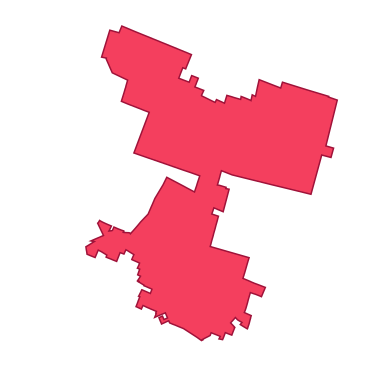 Escárcega, Campeche, Mexico, rotated 286°
{"feature_id": "50627088B69816273127262", "entity_name": "Escárcega", "entity_type": "district", "adm_level": 2, "iso_a3": "MEX", "parent_name": "Mexico", "parent_adm1": "Campeche", "projection": "orthographic", "projection_center": [-90.697, 18.582], "detail": "fine", "context": "isolated", "style": "filled", "palette": "rose", "viewbox_px": 384, "rotation_deg": 286, "n_neighbors": 0, "source": "geoboundaries", "source_scale": "gbopen_adm2", "svg_char_len": 5671}
<svg xmlns="http://www.w3.org/2000/svg" viewBox="0 0 384 384"><g transform="rotate(286 192 192)"><path d="M58.2,258.4L58.5,262.1L60.9,262.4L62.0,262.5L63.4,262.6L66.0,262.8L65.6,266.9L65.4,269.7L68.9,270.0L70.0,270.1L73.0,270.4L73.3,270.1L73.7,270.4L75.0,268.3L76.3,266.1L76.8,265.2L78.1,265.8L80.7,267.1L83.3,268.3L81.7,271.0L81.1,273.1L80.4,276.0L77.9,274.9L76.8,278.7L75.7,282.9L76.8,283.1L77.5,283.0L78.8,283.1L80.2,283.2L81.5,283.2L84.5,283.1L86.9,283.1L87.0,283.0L89.5,283.0L89.9,280.1L90.0,279.2L90.2,278.1L90.2,277.9L90.4,276.4L90.5,276.2L90.6,275.5L93.3,275.8L95.5,275.9L97.3,275.9L99.4,275.9L100.8,275.9L103.4,275.8L105.5,275.8L107.1,275.8L108.5,275.8L111.4,275.8L111.2,279.9L111.2,281.1L111.1,282.1L110.8,285.3L110.5,287.6L112.9,287.9L115.5,288.2L117.8,288.5L120.5,288.8L120.5,288.6L121.0,283.1L121.3,279.5L121.5,276.6L121.6,276.2L121.8,274.1L122.0,273.1L122.3,270.9L122.6,268.2L123.0,264.8L125.6,264.8L126.5,264.9L127.3,264.8L128.2,264.9L129.1,264.9L130.6,264.9L134.9,264.9L137.0,264.9L138.9,264.9L140.6,264.9L144.6,265.0L144.6,254.4L144.6,240.6L144.6,229.9L144.6,224.5L147.3,224.5L150.0,224.4L153.3,224.4L155.8,224.4L158.0,224.3L160.2,224.3L163.3,224.3L166.4,224.2L168.5,224.2L171.2,224.2L173.9,224.1L176.0,224.1L176.2,219.1L176.3,217.8L176.3,217.3L176.3,217.1L180.1,217.3L182.8,217.4L181.6,227.4L204.9,226.9L204.6,223.5L205.9,223.5L206.0,216.7L205.7,214.5L207.1,214.5L211.2,214.5L213.7,214.5L213.8,214.5L216.2,214.4L216.5,214.4L219.1,214.4L220.6,214.4L219.5,225.9L221.0,267.0L221.7,283.6L222.6,307.0L263.3,306.5L263.5,316.1L273.2,316.0L273.2,308.0L320.4,306.3L320.9,296.9L321.6,297.0L321.8,281.4L321.9,274.0L322.5,248.7L316.4,248.6L317.1,240.7L318.5,225.6L310.9,226.0L301.4,226.7L302.0,223.1L296.1,223.5L296.4,222.5L296.5,221.4L296.7,219.8L296.8,219.0L297.1,216.1L297.4,212.9L296.6,213.0L295.8,213.1L294.9,213.2L294.4,213.2L294.4,211.9L294.4,210.6L294.4,209.7L294.4,209.3L294.4,207.9L294.4,207.3L294.4,206.1L294.5,204.2L294.5,201.9L294.5,199.5L294.5,198.9L289.3,198.8L288.3,198.8L287.3,198.8L286.3,198.7L286.8,195.6L287.0,193.9L287.1,193.5L287.6,190.1L286.6,189.9L285.5,189.7L284.5,189.5L285.0,186.4L285.5,183.6L285.9,181.5L286.1,180.2L286.3,179.3L286.9,175.8L287.2,174.6L288.4,174.6L288.6,174.7L288.9,174.7L290.1,174.9L291.4,175.1L292.0,175.2L292.9,175.3L293.0,174.0L293.8,165.8L294.3,165.9L294.8,165.9L295.4,166.0L295.9,166.0L296.4,166.1L297.0,166.2L297.8,166.2L299.0,166.3L300.6,166.5L303.1,166.7L303.2,166.2L303.3,165.1L303.7,161.1L303.8,159.6L296.8,159.0L297.2,153.7L297.7,147.9L299.9,148.1L302.6,148.3L304.7,148.5L306.9,148.7L308.9,148.9L308.6,152.0L311.9,152.3L315.2,152.7L316.5,152.8L317.2,152.9L323.9,153.6L325.6,138.5L330.6,92.3L332.2,78.8L325.0,78.0L324.9,68.4L296.7,67.9L297.1,72.8L296.3,72.8L284.6,82.5L281.8,99.3L278.8,99.3L275.7,99.3L274.1,99.4L273.0,99.3L270.1,99.3L268.9,99.3L259.7,99.1L258.8,106.9L257.6,120.3L257.3,122.9L256.8,128.9L213.5,125.4L210.7,176.4L210.5,180.8L210.3,185.3L209.9,191.6L209.7,195.0L209.0,195.0L206.5,194.9L204.2,194.8L201.4,194.7L199.2,194.7L197.6,194.6L195.5,194.5L192.7,194.4L193.8,189.2L194.5,185.9L195.2,182.8L199.2,163.7L190.9,162.2L175.6,158.1L168.4,157.2L166.4,156.9L158.6,155.9L157.5,155.3L156.3,154.7L153.7,153.3L152.7,152.8L151.2,152.0L148.7,150.7L148.4,150.6L144.5,148.9L141.9,147.7L138.3,146.0L136.9,145.3L135.5,144.6L135.4,144.6L134.8,144.3L135.4,143.6L135.5,143.5L135.5,142.7L135.3,141.9L134.8,139.8L134.5,138.5L134.5,138.4L134.4,138.0L134.3,137.1L135.3,137.4L135.7,137.3L135.8,137.2L135.8,135.8L135.9,135.1L135.9,134.8L135.9,134.5L135.9,134.3L136.0,133.5L136.0,133.2L136.1,132.9L136.1,132.6L136.1,132.0L136.1,131.8L136.1,131.7L136.2,131.4L136.2,131.1L136.5,128.9L136.8,126.6L133.2,126.1L132.8,125.7L132.6,125.4L132.5,125.1L131.6,122.9L132.8,123.2L137.1,123.9L137.5,120.4L137.8,118.1L138.2,115.5L138.4,114.3L138.9,112.0L139.2,111.0L137.9,110.7L136.9,110.4L136.0,109.9L125.8,118.9L118.1,109.5L117.1,108.3L117.4,111.7L115.7,110.2L114.1,108.8L111.7,106.6L110.1,105.1L109.9,105.2L107.6,106.2L106.4,106.8L105.2,107.4L103.2,108.3L103.1,109.6L102.9,111.0L102.6,113.9L102.3,116.9L105.4,117.3L107.0,117.5L108.1,117.6L110.3,117.9L109.6,121.4L107.9,127.5L105.7,127.4L105.4,130.0L105.3,131.3L104.9,134.7L104.5,138.7L106.7,138.9L108.8,139.1L110.9,139.3L113.9,139.6L113.6,143.7L118.3,144.4L118.1,145.2L117.9,145.7L117.9,146.0L117.8,146.3L117.6,147.0L116.7,150.2L115.8,153.4L113.0,153.0L110.5,152.7L110.4,152.9L110.0,155.8L109.7,158.1L109.2,161.2L106.8,161.0L103.7,160.5L103.7,161.2L103.5,162.0L103.4,163.0L102.4,162.9L97.4,162.6L97.1,164.0L97.0,165.2L96.9,165.7L95.7,165.4L93.8,164.8L92.6,164.4L91.4,164.0L91.1,164.7L90.9,165.3L91.6,165.4L91.5,165.8L90.8,165.7L90.8,165.9L90.1,168.3L89.2,171.6L88.7,171.6L88.5,173.0L88.5,173.5L88.0,176.9L87.8,178.8L87.5,180.3L83.0,179.9L83.5,176.2L84.2,171.0L84.2,170.7L81.6,170.3L80.1,170.0L77.3,169.5L77.1,169.4L76.9,170.7L76.2,170.6L75.3,170.5L74.4,170.5L73.5,170.4L72.9,170.3L72.2,170.3L70.9,170.2L69.5,170.1L66.4,169.8L66.4,170.0L65.9,172.8L65.9,173.0L65.8,174.0L65.7,174.1L65.7,174.3L65.7,174.6L65.5,175.6L66.3,175.7L67.5,175.9L68.3,176.0L69.4,176.2L69.1,178.4L69.0,178.6L68.6,181.4L68.5,182.3L68.4,183.3L68.2,184.1L67.9,186.9L67.7,188.3L67.5,189.8L67.4,190.7L65.6,190.5L65.1,190.9L65.1,191.1L61.2,190.7L62.3,192.0L63.6,193.6L68.5,199.7L67.1,200.8L64.2,203.2L61.7,200.2L64.6,197.8L62.1,194.9L60.6,196.0L59.2,197.1L58.5,197.7L57.4,198.6L56.7,199.1L58.2,200.9L60.4,203.4L61.8,205.1L60.0,206.6L59.6,209.9L59.4,212.5L58.9,216.6L58.4,221.4L55.6,230.6L54.1,235.5L53.6,237.1L53.3,237.9L53.0,238.7L51.8,242.1L52.8,243.1L53.0,242.6L55.9,245.6L56.7,246.5L58.1,248.0L59.1,249.0L62.0,249.2L61.5,254.4L61.0,259.0L58.2,258.4Z" fill="#f43f5e" stroke="#9f1239" stroke-width="1.5"/></g></svg>